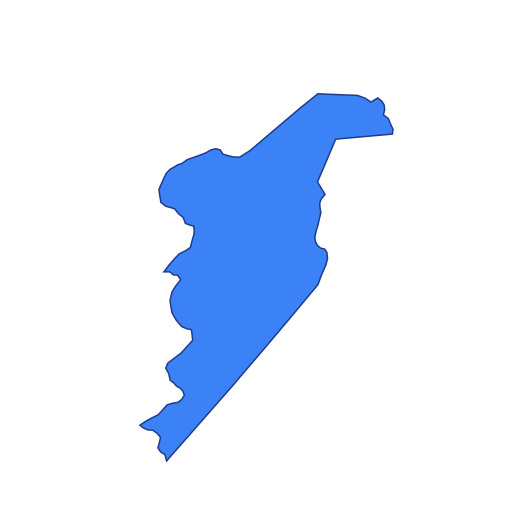 Capistrano, Ceará, Brazil (Equal Earth projection), rotated 56°
{"feature_id": "56859067B99249813136539", "entity_name": "Capistrano", "entity_type": "district", "adm_level": 2, "iso_a3": "BRA", "parent_name": "Brazil", "parent_adm1": "Ceará", "projection": "equal_earth", "projection_center": [-38.911, -4.467], "detail": "fine", "context": "isolated", "style": "filled", "palette": "blue", "viewbox_px": 512, "rotation_deg": 56, "n_neighbors": 0, "source": "geoboundaries", "source_scale": "gbopen_adm2", "svg_char_len": 1669}
<svg xmlns="http://www.w3.org/2000/svg" viewBox="0 0 512 512"><g transform="rotate(56 256 256)"><path d="M136.1,278.6L137.1,283.7L139.7,288.4L144.2,295.6L146.7,299.4L151.7,301.8L158.4,304.9L164.3,303.0L168.1,299.7L171.4,297.1L177.7,296.6L183.1,294.8L189.5,296.3L193.1,293.8L196.3,291.0L200.1,292.8L203.4,295.4L207.2,300.0L212.2,305.6L212.2,311.3L211.3,318.6L212.5,324.2L214.8,333.0L217.6,341.2L221.0,336.3L225.4,335.1L228.1,331.7L233.5,331.7L236.5,340.7L239.0,345.9L244.7,352.1L251.1,355.2L256.0,357.3L259.8,357.7L264.4,358.0L268.2,357.7L273.0,357.0L277.6,354.1L280.9,350.7L285.1,352.8L290.5,355.7L294.5,372.1L295.5,389.2L298.5,393.5L304.9,394.2L311.1,396.7L314.8,395.2L319.3,394.7L323.4,392.7L327.6,392.3L331.4,393.3L333.3,397.7L333.7,402.4L331.6,407.0L329.7,412.9L333.0,425.8L332.0,432.5L331.3,440.5L331.4,446.9L335.4,445.6L339.5,443.1L342.7,439.0L347.7,437.1L353.0,436.6L356.3,440.0L360.2,444.6L365.1,444.7L369.7,442.6L375.9,444.7L350.0,346.1L347.4,337.1L337.2,300.2L326.4,262.1L314.4,220.7L310.8,215.7L306.6,209.7L302.5,203.0L298.1,198.1L292.6,195.2L288.7,195.2L285.5,198.1L281.8,199.1L276.9,198.6L273.5,196.8L269.1,192.4L265.0,187.3L260.6,182.7L256.6,178.2L251.8,175.9L248.0,173.8L245.3,170.3L243.5,164.3L229.0,163.6L215.8,143.2L203.7,124.6L231.2,74.7L227.5,71.5L222.0,70.7L216.0,69.4L210.4,71.5L206.5,67.4L202.4,65.3L198.4,65.1L193.1,66.6L192.6,74.7L186.3,77.2L179.6,82.1L170.8,94.1L156.1,114.0L158.0,136.5L159.9,153.8L163.0,181.9L165.3,202.3L164.9,214.3L161.4,219.2L158.4,222.0L153.1,226.5L148.1,226.3L144.6,229.3L142.9,233.9L142.3,240.6L140.6,247.9L137.7,258.9L137.9,265.4L136.7,269.8L136.1,278.6Z" fill="#3b82f6" stroke="#1e3a8a" stroke-width="1.5"/></g></svg>